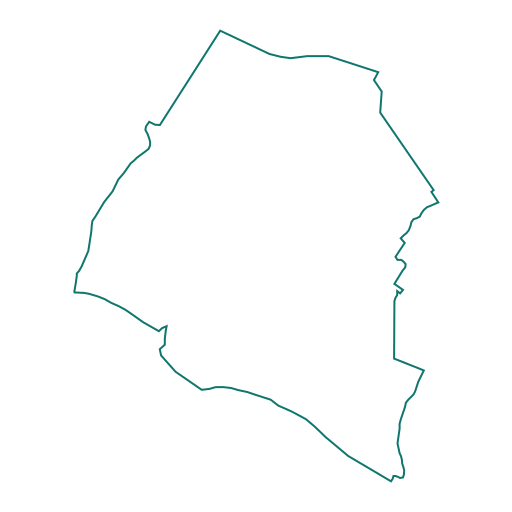 the district of Batu Pahat, Johor, Malaysia
{"feature_id": "92858781B37388362285714", "entity_name": "Batu Pahat", "entity_type": "district", "adm_level": 2, "iso_a3": "MYS", "parent_name": "Malaysia", "parent_adm1": "Johor", "projection": "mercator", "projection_center": [103.04, 1.914], "detail": "fine", "context": "isolated", "style": "outline", "palette": "teal", "viewbox_px": 512, "rotation_deg": 0, "n_neighbors": 0, "source": "geoboundaries", "source_scale": "gbopen_adm2", "svg_char_len": 1767}
<svg xmlns="http://www.w3.org/2000/svg" viewBox="0 0 512 512"><path d="M220.2,30.7L159.9,125.0L155.0,124.7L149.2,121.8L146.0,126.4L145.4,129.9L147.8,134.5L149.2,138.5L150.1,141.7L150.1,145.4L148.6,148.9L144.9,151.8L140.5,155.0L136.8,157.8L133.9,160.7L130.7,163.3L123.8,173.1L118.3,179.5L112.6,191.3L104.2,202.0L95.5,216.4L92.4,221.0L91.8,225.0L91.5,229.1L91.2,232.3L88.3,251.0L81.7,266.3L79.1,270.9L76.8,273.5L76.8,275.8L75.9,282.4L74.2,292.4L73.7,292.4L84.1,292.9L89.0,293.8L98.1,296.5L104.8,299.2L111.1,302.8L119.2,306.4L125.1,309.6L131.0,313.6L143.1,322.2L152.6,327.6L158.9,331.2L162.1,328.1L166.6,326.2L165.7,331.2L164.8,338.9L164.8,344.7L159.8,349.2L161.1,355.5L168.4,363.7L175.6,371.8L201.7,389.8L209.4,388.9L215.7,387.1L223.3,387.1L231.0,388.0L238.7,390.2L247.2,392.0L256.7,395.2L270.7,399.7L278.3,405.6L291.4,411.4L305.8,419.1L314.4,426.3L325.6,437.1L348.2,456.0L391.0,481.3L392.6,478.9L393.5,476.0L395.5,476.0L397.8,476.8L400.1,478.0L403.0,477.4L403.9,474.5L404.2,470.5L403.3,466.8L402.2,463.6L401.9,459.8L401.0,456.1L399.6,453.2L397.5,443.4L399.6,428.7L399.6,423.8L400.7,419.7L405.0,407.0L405.9,402.7L408.2,399.8L413.4,394.6L415.1,391.5L416.6,386.9L418.3,381.7L423.8,370.5L422.5,369.9L394.1,358.6L394.4,301.2L395.5,297.7L397.2,295.1L397.2,291.1L400.1,293.4L403.0,289.9L394.4,283.9L402.4,270.9L405.3,267.2L405.6,264.0L403.6,261.7L401.3,259.9L397.5,259.9L395.5,256.8L404.7,242.9L400.7,238.3L403.6,235.4L406.5,233.1L408.8,230.2L410.5,225.9L411.4,222.2L413.4,219.3L416.9,218.1L419.7,216.7L421.5,213.2L423.8,210.0L427.0,207.2L429.3,206.3L438.3,202.4L431.4,191.9L433.6,190.1L380.2,112.6L381.7,91.5L373.9,80.0L375.6,77.1L377.3,73.9L378.2,72.2L328.6,56.1L307.5,56.1L290.6,58.2L280.7,56.8L269.5,54.0L220.2,30.7Z" fill="none" stroke="#0f766e" stroke-width="2"/></svg>